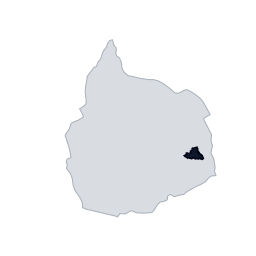 location of Shamva, Mashonaland Central, Zimbabwe, rotated 61°
{"feature_id": "62879985B93379184763454", "entity_name": "Shamva", "entity_type": "district", "adm_level": 2, "iso_a3": "ZWE", "parent_name": "Zimbabwe", "parent_adm1": "Mashonaland Central", "projection": "mercator", "projection_center": [31.712, -17.164], "detail": "fine", "context": "in_parent", "style": "filled", "palette": "ink", "viewbox_px": 256, "rotation_deg": 61, "n_neighbors": 0, "source": "geoboundaries", "source_scale": "gbopen_adm2", "svg_char_len": 4765}
<svg xmlns="http://www.w3.org/2000/svg" viewBox="0 0 256 256"><g transform="rotate(61 128 128)"><path d="M175.6,206.4L173.6,205.1L170.9,204.2L167.5,203.8L163.0,204.0L157.5,204.7L151.6,203.8L145.3,201.3L140.0,200.4L133.7,201.5L132.4,200.6L130.7,198.8L127.8,198.5L127.0,198.0L126.4,197.3L126.0,196.5L125.8,195.5L126.3,192.4L126.0,192.1L125.3,191.7L123.7,191.4L119.9,190.0L115.2,188.7L107.5,187.2L104.5,186.8L103.9,186.4L103.0,185.3L101.5,181.8L100.1,179.5L96.8,176.0L96.3,174.9L96.5,172.0L96.7,169.8L97.1,167.9L96.9,166.1L96.9,163.8L97.0,162.3L96.5,161.7L95.3,161.2L91.9,161.0L87.8,161.1L87.6,158.9L87.3,155.4L86.5,153.3L85.5,152.3L83.6,151.2L79.8,149.7L74.6,147.4L70.1,144.1L65.0,139.9L63.4,139.2L61.5,135.3L58.6,128.6L58.8,126.3L58.4,125.3L55.6,122.0L55.0,120.3L54.5,118.6L50.0,113.8L48.5,111.7L47.3,109.0L46.2,106.8L45.2,106.0L44.0,104.5L43.1,102.8L42.7,101.6L43.0,99.9L43.4,98.8L47.7,100.0L50.0,100.1L51.8,99.5L54.0,100.3L56.7,102.5L59.6,102.9L62.8,101.5L67.0,101.9L72.4,104.1L76.8,104.5L82.1,102.6L86.8,97.3L91.2,92.3L95.6,86.6L98.2,82.0L102.1,78.2L107.1,75.3L112.3,72.8L120.2,69.9L121.8,67.4L122.3,64.7L122.3,61.0L122.7,58.5L123.6,57.4L124.9,56.6L126.6,55.5L131.8,52.6L136.2,50.8L141.5,49.6L147.3,49.6L152.9,49.6L156.1,49.6L156.1,53.2L156.4,57.2L157.0,57.6L161.2,57.7L168.0,58.0L174.5,58.2L178.7,61.2L180.1,61.8L184.4,62.6L189.9,67.5L196.6,68.0L201.2,69.5L205.2,71.2L207.5,73.2L209.0,73.6L211.0,73.8L212.0,74.0L211.8,75.4L210.5,77.9L210.6,81.4L212.5,86.3L212.7,90.6L212.2,98.2L212.2,105.5L212.4,108.1L212.7,109.8L213.1,110.8L213.0,111.9L211.9,114.9L211.0,118.2L211.0,119.5L210.6,120.4L210.0,121.2L207.1,122.7L206.6,123.6L206.6,125.3L207.0,126.7L208.0,127.2L209.4,128.0L209.9,129.1L209.9,130.2L209.5,132.3L208.3,135.7L209.5,139.6L210.8,142.2L212.6,145.2L213.3,147.0L213.3,148.3L213.0,149.6L210.3,155.0L208.4,158.4L206.0,162.0L202.8,164.3L202.0,165.4L201.7,166.6L201.8,169.3L201.7,172.2L199.0,176.6L200.7,180.3L200.3,180.7L199.4,181.2L195.5,185.5L191.6,189.8L188.7,192.9L185.5,196.5L181.8,200.5L178.7,204.0L175.6,206.4Z" fill="#d9dde1" stroke="#a8b0b8" stroke-width="1"/><path d="M180.5,92.1L180.6,91.9L180.7,91.7L180.9,91.6L180.9,91.4L181.0,91.3L181.3,91.3L181.7,91.2L181.8,91.1L182.0,91.1L182.2,90.9L182.2,91.0L182.3,91.0L182.4,90.9L182.5,90.8L182.6,90.7L182.8,90.5L183.0,90.5L182.9,90.3L182.8,90.2L183.0,90.0L183.1,89.9L183.3,89.6L183.4,89.4L183.6,89.4L183.7,89.2L183.8,89.1L184.1,89.0L184.2,88.9L184.3,88.8L184.3,88.7L184.5,88.5L184.5,88.4L184.7,88.2L184.8,88.1L185.0,88.0L185.1,87.8L185.5,87.5L185.6,87.3L185.8,87.2L185.8,86.8L185.7,86.7L185.7,86.4L185.6,86.0L185.5,85.9L185.4,85.8L185.3,85.7L185.2,85.5L185.3,85.3L185.3,85.2L185.5,85.1L185.8,85.1L186.0,85.1L186.0,84.9L186.4,84.8L186.5,84.8L186.6,84.7L186.8,84.7L187.1,84.4L187.6,84.2L187.8,84.1L187.8,83.9L187.6,83.8L187.6,83.7L187.6,83.4L187.9,83.0L188.0,82.8L188.0,82.7L188.1,82.4L188.4,82.2L188.5,82.2L188.8,82.0L188.8,81.9L189.0,81.8L189.3,81.5L189.3,81.3L189.2,81.1L188.9,81.0L188.9,80.9L189.0,80.8L189.0,80.7L188.9,80.6L189.1,80.6L189.3,80.6L189.3,80.4L189.4,80.2L189.3,79.9L189.5,79.8L189.7,79.7L189.8,79.7L190.0,79.6L189.9,79.5L190.0,79.3L190.0,79.2L190.2,78.8L190.2,78.7L190.4,78.6L190.5,78.7L190.7,78.8L190.8,78.8L190.9,78.7L191.1,78.6L191.3,78.5L191.3,78.4L191.5,78.1L191.4,77.9L191.3,77.7L191.3,77.4L191.3,77.2L191.3,76.9L191.2,76.9L190.8,76.8L190.7,76.8L190.4,76.7L190.3,76.8L190.2,76.7L189.7,76.7L189.4,76.6L189.2,76.7L188.9,76.6L188.7,76.6L188.5,76.4L188.4,76.4L188.4,76.5L188.2,76.5L187.8,76.7L187.7,76.7L187.7,76.8L187.5,76.7L187.4,76.7L187.2,76.8L187.1,77.0L187.0,76.9L186.9,76.9L186.9,77.0L186.7,77.1L186.4,77.4L186.3,77.2L186.2,77.2L186.2,77.3L186.0,77.2L185.9,77.2L185.8,77.3L185.9,77.5L185.9,77.8L185.7,77.8L185.7,77.7L185.6,77.8L185.4,77.9L185.2,77.9L185.0,78.0L184.9,78.0L184.7,78.1L184.7,78.3L184.6,78.2L184.6,78.3L184.4,78.3L184.5,78.3L184.4,78.5L184.3,78.4L184.2,78.4L184.1,78.5L184.0,78.4L184.0,78.5L183.9,78.5L183.7,78.5L183.4,78.5L182.9,78.8L182.3,78.5L182.8,77.3L181.8,78.1L181.4,78.6L181.0,78.2L180.9,77.9L180.3,77.1L178.2,76.9L177.4,80.1L177.6,80.7L177.0,81.4L176.9,81.4L176.9,81.6L177.0,81.8L177.2,82.0L177.3,82.0L177.5,82.0L177.8,81.9L177.9,82.0L178.0,82.1L178.3,82.2L178.2,82.2L178.3,82.2L178.3,82.3L178.5,82.4L178.6,82.5L178.8,82.6L178.3,83.4L178.9,83.7L178.6,84.6L179.7,84.6L179.7,85.2L180.2,85.3L180.2,86.2L180.2,86.5L180.2,86.8L180.2,86.7L180.0,86.8L179.9,86.9L179.7,86.9L179.6,87.1L179.4,88.0L178.8,88.1L178.3,89.3L178.5,89.4L178.6,89.1L178.8,89.0L178.7,88.9L178.6,88.7L178.8,88.7L179.0,88.8L179.1,88.7L179.2,88.8L179.4,88.8L179.5,88.8L179.7,89.2L179.2,89.3L179.4,89.9L179.8,89.7L179.8,89.9L179.6,90.1L179.7,90.3L179.5,90.5L179.4,90.8L179.7,91.0L179.6,91.5L179.4,91.9L179.4,92.3L180.3,92.1L180.5,92.1Z" fill="#0f172a" stroke="#020617" stroke-width="1.5"/></g></svg>